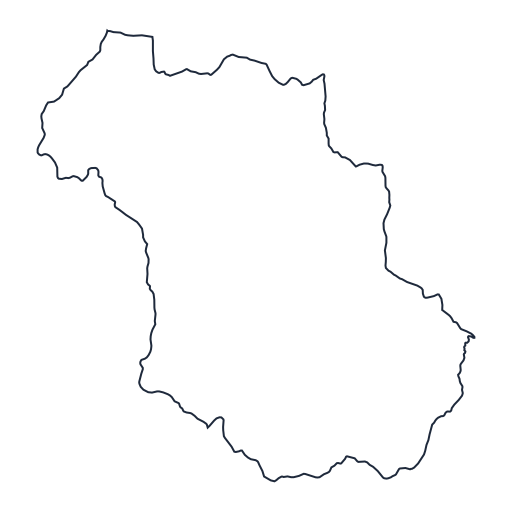 outline of Caicedo, Antioquia, Colombia
{"feature_id": "7082276B63168909868721", "entity_name": "Caicedo", "entity_type": "district", "adm_level": 2, "iso_a3": "COL", "parent_name": "Colombia", "parent_adm1": "Antioquia", "projection": "natural_earth1", "projection_center": [-75.997, 6.426], "detail": "fine", "context": "isolated", "style": "outline", "palette": "slate", "viewbox_px": 512, "rotation_deg": 0, "n_neighbors": 0, "source": "geoboundaries", "source_scale": "gbopen_adm2", "svg_char_len": 5946}
<svg xmlns="http://www.w3.org/2000/svg" viewBox="0 0 512 512"><path d="M107.3,30.7L106.9,32.6L105.6,35.8L103.4,39.6L101.8,41.7L100.8,43.9L100.3,47.0L100.3,50.2L99.8,51.6L96.2,54.8L92.5,59.5L88.4,61.8L87.1,65.0L80.6,70.2L78.9,72.1L75.9,76.7L68.7,85.0L67.3,86.5L63.9,88.6L62.1,94.7L59.2,98.2L54.0,101.6L48.0,102.5L46.2,105.3L43.7,111.2L41.7,114.0L41.3,116.3L41.5,118.4L42.5,122.9L42.2,128.0L44.5,133.0L44.8,134.1L44.7,135.0L43.6,137.9L39.1,145.3L38.2,147.3L37.6,149.3L37.6,152.4L37.9,153.1L39.3,154.6L40.9,155.3L41.7,155.3L43.7,154.4L45.2,154.1L46.8,154.4L48.6,155.2L50.4,156.6L51.9,158.3L55.0,162.5L57.2,167.6L57.4,176.7L58.1,178.2L58.8,178.7L61.9,179.0L65.9,177.8L68.5,178.1L70.0,177.7L72.6,176.3L73.7,176.1L77.2,177.1L78.8,178.1L81.1,180.4L81.9,180.8L82.8,180.7L86.6,176.9L87.9,174.7L88.2,173.7L88.2,170.2L89.3,168.9L91.2,168.1L93.1,168.0L95.3,167.9L96.6,168.3L98.2,170.3L98.5,171.9L98.3,175.3L98.6,176.0L99.2,176.8L100.9,177.3L101.6,177.8L102.4,179.3L102.6,180.9L102.4,183.0L102.7,186.4L104.6,193.3L105.3,195.2L106.1,196.1L108.0,197.0L114.8,201.4L115.1,201.9L115.1,202.7L114.7,204.3L114.8,205.7L115.0,206.6L115.6,207.3L119.5,209.9L126.0,214.9L137.0,222.0L139.0,224.4L142.0,228.6L143.1,234.9L143.1,237.4L144.9,241.4L147.2,244.1L146.1,248.3L145.7,251.0L146.1,252.5L148.3,257.9L148.6,259.2L148.5,263.0L147.5,266.4L147.2,268.2L147.5,274.0L146.8,282.2L148.1,284.5L149.8,285.8L150.0,286.4L149.8,288.8L150.7,290.2L152.3,291.6L153.6,294.0L154.3,299.8L154.4,307.7L154.6,309.5L155.5,313.2L155.5,314.6L154.8,321.0L155.3,324.3L152.5,329.6L151.3,333.1L150.7,336.2L150.5,339.4L151.4,345.7L151.3,347.0L151.0,349.4L150.3,351.8L148.6,355.1L146.8,357.4L144.9,358.7L141.7,359.8L141.1,360.3L140.3,362.1L140.3,363.8L140.6,364.5L142.8,367.9L142.8,369.2L141.3,373.7L139.3,381.5L139.2,382.4L139.4,383.7L140.7,386.8L143.4,389.7L148.2,392.2L152.0,392.6L157.1,391.4L159.1,391.4L163.2,392.4L167.8,394.2L169.9,395.4L171.8,397.1L174.6,401.3L178.6,403.1L179.1,403.7L180.0,406.5L180.5,407.3L182.0,408.3L182.6,409.2L183.2,410.7L183.9,411.5L186.6,412.5L190.0,413.0L191.5,413.5L194.6,415.8L197.5,418.7L203.5,421.8L206.3,423.8L206.9,424.7L207.7,427.6L209.5,425.9L214.2,420.5L216.5,418.4L219.5,417.3L221.3,417.4L221.7,417.7L223.4,419.4L223.6,420.3L223.1,427.0L223.2,430.2L223.9,436.2L224.9,437.9L231.6,446.7L234.3,451.7L235.8,452.0L239.1,451.3L240.8,450.5L241.9,450.5L244.8,454.8L247.9,457.5L250.8,459.2L255.7,460.2L257.5,461.3L258.1,462.1L259.5,465.3L262.4,471.0L264.1,476.5L270.8,480.4L274.5,481.3L276.3,480.2L278.6,478.2L281.5,476.6L282.5,476.6L283.6,477.0L287.5,476.4L291.1,477.2L293.7,477.2L299.0,475.9L303.7,473.8L305.3,474.0L315.6,477.3L317.5,477.5L319.6,477.2L324.0,474.2L327.5,472.8L329.0,471.9L329.9,470.8L331.4,467.4L334.4,465.7L336.8,463.2L338.1,463.0L340.4,463.6L341.2,463.4L345.1,458.8L346.1,456.7L347.0,456.3L354.7,458.3L357.2,461.2L358.3,461.9L364.9,461.5L367.2,462.4L369.6,464.8L373.1,466.8L376.4,469.8L377.8,471.1L382.9,477.4L383.8,478.1L384.9,478.4L386.6,478.6L388.2,478.3L390.9,477.3L392.5,476.2L395.0,475.1L395.9,474.5L399.0,469.1L399.9,468.5L405.4,468.0L410.1,469.3L410.8,468.9L411.8,468.9L414.1,467.6L418.1,463.5L424.0,454.5L425.2,450.8L426.5,444.9L428.4,440.1L429.6,434.3L432.2,424.6L434.1,422.7L435.3,420.6L436.5,419.1L438.1,417.7L441.2,416.2L443.0,416.1L443.8,415.7L444.5,414.9L445.4,413.0L446.5,411.9L447.3,411.5L450.1,411.6L450.7,411.1L451.2,410.5L451.8,408.1L454.3,404.6L458.7,400.0L462.0,395.7L462.7,393.6L462.7,392.7L462.0,389.9L462.5,387.0L462.3,386.0L460.4,383.0L459.8,381.1L459.5,378.8L458.4,376.3L458.1,374.8L459.8,372.9L460.5,371.2L460.7,370.0L460.3,365.9L460.4,364.8L460.9,363.8L463.5,360.4L464.4,357.8L463.8,354.4L464.1,353.7L465.1,352.8L465.4,351.4L464.3,350.2L464.6,348.9L464.1,347.1L464.6,346.2L465.3,345.6L465.2,343.2L465.7,342.7L467.1,342.8L468.6,341.4L468.9,339.6L468.0,337.2L468.2,336.5L468.7,336.1L471.3,336.5L472.9,337.6L473.9,337.9L474.4,337.8L474.4,336.9L473.0,335.2L471.3,333.7L466.6,331.3L461.1,329.1L460.2,328.1L457.1,323.1L456.0,322.3L453.5,321.8L451.6,318.2L450.1,316.2L448.8,315.0L442.2,310.0L442.4,305.0L441.4,298.8L438.8,294.5L437.5,294.4L433.9,296.1L427.6,297.6L425.8,297.8L424.7,297.4L423.9,296.7L422.9,293.7L422.7,289.9L421.6,288.3L420.4,287.4L417.3,285.6L407.0,282.0L402.1,279.2L399.9,278.5L395.5,275.4L394.1,274.8L390.5,271.7L388.5,270.7L385.9,268.0L385.5,265.6L385.8,261.9L385.9,258.1L384.9,250.4L386.4,242.8L386.4,237.2L386.3,236.4L384.4,231.3L383.8,229.1L383.5,223.2L384.4,219.6L387.1,214.2L389.7,207.7L390.3,205.5L389.2,202.2L389.4,199.6L389.3,197.9L389.4,194.9L389.1,191.6L388.4,190.4L386.5,188.3L385.7,187.1L385.5,185.6L385.4,177.8L385.1,176.2L382.5,171.9L382.3,170.9L382.7,167.6L382.6,166.0L382.1,165.1L381.1,164.8L379.8,164.7L375.7,165.5L372.8,165.0L368.0,163.6L364.0,163.5L359.6,164.7L356.3,166.4L355.8,166.5L349.9,160.0L345.1,157.4L342.5,157.2L341.6,156.8L337.7,152.2L334.5,152.4L333.4,152.0L331.3,148.4L329.2,146.2L328.8,145.5L328.6,143.6L328.6,138.6L326.8,135.5L326.8,132.9L325.9,127.8L324.3,124.2L324.1,122.9L324.4,119.1L323.8,114.1L324.0,112.6L325.1,110.0L324.9,105.9L324.4,103.3L325.3,100.6L325.6,96.5L324.5,83.7L323.7,80.0L324.4,76.3L324.3,75.3L323.9,74.5L322.9,74.3L322.0,74.7L316.2,78.7L313.2,79.8L311.7,81.7L309.7,83.4L303.6,85.2L302.1,84.8L300.8,82.4L297.6,79.6L296.3,78.8L292.4,77.8L291.3,78.1L290.4,78.8L287.7,82.1L285.7,84.0L283.8,84.8L283.0,84.8L278.7,82.7L274.6,79.1L272.2,76.2L269.5,70.9L266.6,64.6L265.7,63.8L261.6,63.0L254.5,60.6L250.0,59.6L246.8,57.7L238.7,57.0L232.8,54.6L231.0,55.0L229.6,55.8L227.2,56.6L223.9,59.3L219.4,67.1L217.0,69.7L211.3,74.7L210.3,74.9L208.3,73.5L207.3,73.3L201.0,74.0L198.9,73.7L195.7,72.2L190.7,71.3L186.9,69.1L186.2,69.2L182.0,71.6L170.0,75.8L168.6,75.0L165.9,74.3L165.4,73.9L164.3,71.7L163.9,71.6L161.3,72.0L159.6,72.9L158.4,72.8L156.1,71.3L154.7,69.3L153.7,64.5L153.5,58.6L152.9,51.1L152.9,40.6L152.4,36.9L141.9,35.3L133.3,35.8L127.8,35.3L125.1,34.8L120.5,32.6L113.4,32.1L110.1,31.1L107.6,31.0L107.3,30.7Z" fill="none" stroke="#1e293b" stroke-width="2"/></svg>